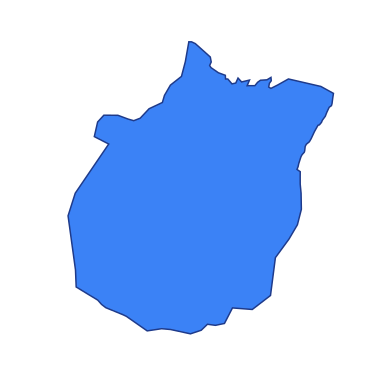 the district of Bida, Niger, Nigeria, rotated 284°
{"feature_id": "59680162B96484505623852", "entity_name": "Bida", "entity_type": "district", "adm_level": 2, "iso_a3": "NGA", "parent_name": "Nigeria", "parent_adm1": "Niger", "projection": "albers", "projection_center": [6.019, 9.036], "detail": "fine", "context": "isolated", "style": "filled", "palette": "blue", "viewbox_px": 384, "rotation_deg": 284, "n_neighbors": 0, "source": "geoboundaries", "source_scale": "gbopen_adm2", "svg_char_len": 1310}
<svg xmlns="http://www.w3.org/2000/svg" viewBox="0 0 384 384"><g transform="rotate(284 192 192)"><path d="M337.0,152.6L316.8,154.0L301.6,153.8L290.5,145.2L279.1,141.9L271.7,141.6L262.4,130.2L251.1,123.9L247.1,118.2L247.3,112.4L248.5,101.6L245.2,87.9L237.1,83.5L222.1,83.8L218.4,99.6L162.6,79.0L138.9,77.5L88.2,97.8L71.8,102.6L67.7,115.7L64.3,126.7L61.0,131.5L58.9,136.3L56.2,154.8L55.5,158.3L46.4,182.1L52.0,195.6L53.4,204.5L54.0,224.8L60.1,234.4L67.4,239.0L68.3,247.0L72.3,255.3L89.3,259.3L92.6,278.9L110.6,293.2L148.5,288.8L169.8,297.5L185.7,302.2L201.7,302.3L217.3,298.1L225.8,295.1L232.5,293.4L237.9,292.1L239.3,288.4L242.3,288.8L245.3,288.7L252.6,289.2L254.9,289.8L257.7,291.3L259.1,291.4L263.6,290.8L266.0,291.4L269.1,293.7L272.5,294.7L280.2,296.2L287.2,298.1L288.0,299.4L290.9,300.8L293.1,301.1L297.7,303.0L301.7,303.5L307.4,304.6L309.5,306.4L311.5,306.5L317.6,305.8L321.9,305.4L325.6,291.5L325.2,269.0L325.0,258.2L316.6,249.3L311.6,243.5L312.4,241.0L316.2,240.8L319.1,242.0L322.3,240.9L319.0,237.6L317.0,231.4L314.3,229.1L310.4,227.3L308.5,219.8L314.5,220.7L310.8,213.5L313.7,209.1L308.3,208.1L306.6,204.6L310.3,199.4L309.8,197.2L313.3,196.1L314.1,188.7L317.3,180.3L319.0,178.5L322.8,179.2L327.4,177.1L336.8,159.3L337.6,155.3L337.0,152.6Z" fill="#3b82f6" stroke="#1e3a8a" stroke-width="1.5"/></g></svg>